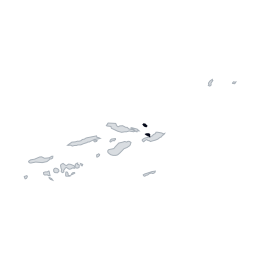 Ulawa-Ugi, Makira, Solomon Islands shown in context, rotated 313°
{"feature_id": "97153195B5813678005448", "entity_name": "Ulawa-Ugi", "entity_type": "district", "adm_level": 2, "iso_a3": "SLB", "parent_name": "Solomon Islands", "parent_adm1": "Makira", "projection": "albers", "projection_center": [161.907, -10.009], "detail": "fine", "context": "in_parent", "style": "outline", "palette": "ink", "viewbox_px": 256, "rotation_deg": 313, "n_neighbors": 0, "source": "geoboundaries", "source_scale": "gbopen_adm2", "svg_char_len": 4551}
<svg xmlns="http://www.w3.org/2000/svg" viewBox="0 0 256 256"><g transform="rotate(313 128 128)"><path d="M99.1,128.7L103.3,131.7L105.2,131.5L110.7,131.5L113.9,133.7L115.8,134.7L116.9,136.7L118.3,137.1L119.1,138.1L119.5,140.0L117.5,141.0L116.3,141.3L113.1,140.6L110.1,139.2L104.0,139.1L101.2,138.7L100.2,138.1L99.3,137.4L97.8,135.7L96.7,133.7L96.5,132.5L96.4,130.3L96.8,129.4L97.9,128.6L99.1,128.7ZM118.1,110.1L122.9,115.8L122.7,116.8L122.1,117.5L121.9,119.4L122.5,120.2L123.8,120.5L126.0,122.5L126.9,125.8L127.9,127.0L127.9,129.4L130.0,132.7L130.2,134.4L130.0,135.1L129.1,134.7L126.6,130.9L123.8,129.2L123.4,128.5L120.5,126.3L118.6,122.6L116.5,116.0L117.5,114.4L115.1,111.2L115.2,110.3L116.9,110.5L117.2,110.1L118.1,110.1ZM100.9,113.0L101.5,114.8L99.0,113.2L97.0,111.3L91.4,109.2L90.2,108.1L89.2,107.9L86.3,106.2L83.5,105.0L81.4,102.8L80.3,102.4L78.6,100.7L76.8,99.6L76.2,97.5L74.5,96.1L74.1,95.5L79.4,96.6L81.9,98.9L84.0,100.1L84.8,101.1L86.7,102.3L88.4,102.4L90.1,103.7L91.6,104.0L92.9,104.7L100.8,110.4L99.9,111.9L100.9,113.0ZM136.6,150.1L139.0,151.2L140.4,151.0L142.5,151.8L144.0,151.4L145.0,152.4L147.5,156.3L147.5,157.6L149.1,158.5L147.7,158.7L145.8,158.2L144.4,158.5L142.8,157.8L140.2,157.4L138.0,156.4L133.3,153.5L133.3,152.1L132.5,151.4L132.3,149.6L130.6,149.0L128.6,148.9L128.4,148.1L128.8,146.5L130.3,146.6L132.1,147.2L136.6,150.1ZM55.5,91.6L56.1,92.3L54.6,93.4L52.6,92.8L52.2,91.8L50.8,92.1L48.1,91.6L44.2,88.9L40.1,83.7L36.2,80.9L35.5,80.0L35.4,78.5L35.9,78.0L38.3,78.5L41.4,80.9L46.6,83.2L48.0,84.5L48.9,87.5L49.8,88.4L52.5,90.7L55.5,91.6ZM61.0,109.1L62.2,110.7L63.6,114.2L63.4,115.4L62.4,115.5L62.1,116.3L60.8,114.6L59.0,114.1L57.7,113.1L57.1,109.7L56.0,109.5L53.1,109.9L52.2,111.0L50.8,110.7L50.5,109.7L50.7,108.7L52.5,107.7L52.9,106.4L54.6,104.2L55.7,103.9L57.8,104.6L58.1,107.7L58.8,108.7L61.0,109.1ZM115.1,177.4L113.8,178.0L112.6,177.7L111.6,177.2L110.9,175.7L109.3,174.8L107.0,174.4L105.8,173.5L104.2,173.2L103.8,172.4L103.9,171.6L104.1,171.1L105.6,171.5L112.7,175.4L115.1,177.4ZM40.3,103.3L39.9,103.5L39.3,102.5L38.8,102.2L38.8,101.0L36.8,99.2L36.7,97.8L37.8,96.6L39.3,97.3L40.8,98.9L42.6,99.4L42.2,100.4L40.7,102.4L40.3,103.3ZM50.0,106.2L49.2,107.0L47.1,106.9L45.5,104.9L45.5,103.5L46.7,102.1L48.2,101.8L49.1,102.3L49.9,103.5L50.2,104.9L50.0,106.2ZM67.7,117.6L65.8,119.1L64.4,118.6L63.3,117.3L63.8,115.3L64.9,114.9L65.5,114.2L67.6,114.7L68.1,115.1L66.9,116.1L67.6,116.9L67.7,117.6ZM220.5,157.7L217.4,158.1L216.1,159.5L214.5,159.3L214.0,158.2L214.0,157.6L214.9,157.7L215.3,156.6L216.3,156.1L218.4,155.9L221.1,156.5L220.4,157.5L220.5,157.7ZM133.4,135.4L133.5,138.1L132.1,136.6L131.4,137.2L130.8,136.4L130.9,133.2L129.9,130.1L130.7,130.4L133.4,135.4ZM53.9,118.3L53.9,118.6L52.9,118.1L50.5,115.5L50.9,114.6L53.0,112.9L53.7,112.7L54.3,113.7L53.8,115.3L53.1,115.7L52.8,117.1L53.9,118.3ZM107.1,123.3L108.7,123.5L111.7,126.0L111.0,126.8L109.6,126.4L109.1,126.6L108.7,125.7L107.2,125.0L105.9,124.9L105.7,124.0L107.1,123.3ZM88.4,125.9L86.1,125.6L85.5,125.0L86.3,124.0L87.2,123.4L88.1,123.9L89.1,124.1L89.3,125.3L88.4,125.9ZM23.8,87.6L21.9,88.1L20.7,87.5L21.2,86.0L21.8,85.2L24.2,86.5L23.8,87.6ZM97.8,113.9L96.9,114.2L95.6,113.5L95.0,112.8L95.2,111.8L96.0,111.4L96.9,112.1L97.0,112.8L97.8,113.9ZM235.3,175.5L233.7,175.8L233.0,175.7L231.9,174.0L232.8,173.6L234.0,173.8L234.3,174.8L235.3,175.5ZM58.9,119.1L58.8,119.8L57.7,119.6L55.3,118.6L55.2,118.2L56.6,118.0L57.6,118.1L58.9,119.1ZM38.9,106.6L38.5,108.6L37.5,106.2L37.7,104.2L38.1,104.0L38.9,106.6ZM70.5,119.7L69.1,120.3L68.6,119.5L69.6,117.4L70.5,119.7Z" fill="#d9dde1" stroke="#a8b0b8" stroke-width="1"/><path d="M142.2,137.1L141.9,137.2L141.9,137.3L141.8,137.2L141.7,137.2L141.4,137.1L141.2,137.1L141.2,137.3L141.1,137.5L141.0,137.8L141.0,138.0L141.0,138.3L141.1,138.5L141.1,138.8L141.3,138.9L141.3,139.0L141.3,139.3L141.4,139.5L141.5,139.7L141.5,139.8L141.6,140.0L141.8,140.0L141.8,139.9L141.9,139.7L142.0,139.7L142.0,139.4L141.9,139.4L141.8,139.2L141.9,138.9L141.9,138.7L141.8,138.4L141.8,138.5L141.8,138.4L141.8,138.2L141.9,137.9L141.8,137.7L142.0,137.6L142.1,137.4L142.1,137.2L142.2,137.1ZM137.6,147.6L137.5,147.4L137.5,147.5L137.4,147.5L137.4,147.4L137.3,147.2L137.2,146.9L137.0,146.7L136.9,146.7L136.7,146.6L136.5,146.8L136.4,147.0L136.4,147.3L136.4,147.5L136.5,147.5L136.8,147.5L136.8,147.8L136.8,148.0L136.7,148.2L136.7,148.3L136.8,148.4L137.0,148.4L137.0,148.5L137.1,148.4L137.3,148.3L137.3,148.2L137.5,148.1L137.5,147.9L137.6,147.7L137.6,147.6ZM136.2,146.1L136.1,145.9L135.9,145.8L135.9,146.0L136.0,146.2L136.2,146.1Z" fill="none" stroke="#020617" stroke-width="2"/></g></svg>